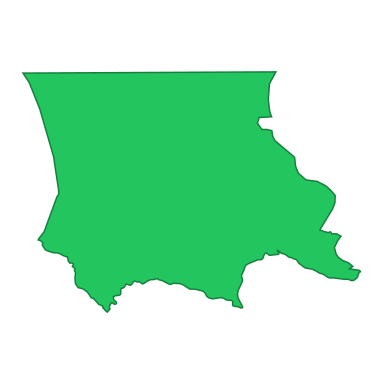 the Region of Zhambyl
{"feature_id": "KAZ-3252", "entity_name": "Zhambyl", "entity_type": "Region", "adm_level": 1, "iso_a3": "KAZ", "parent_name": "Kazakhstan", "parent_adm1": "", "projection": "equal_earth", "projection_center": [72.801, 44.147], "detail": "fine", "context": "isolated", "style": "filled", "palette": "green", "viewbox_px": 384, "rotation_deg": 0, "n_neighbors": 0, "source": "natural_earth", "source_scale": "10m", "svg_char_len": 3053}
<svg xmlns="http://www.w3.org/2000/svg" viewBox="0 0 384 384"><path d="M330.0,278.0L328.7,277.7L325.5,275.8L324.3,274.9L322.8,274.1L319.7,273.2L318.2,272.5L316.7,271.3L312.3,269.2L306.4,268.2L304.6,267.6L299.3,263.6L298.5,262.8L297.2,260.7L296.5,259.8L295.5,259.3L293.4,258.7L291.6,257.6L289.4,257.4L288.4,256.8L285.7,254.7L284.2,254.0L282.5,253.6L281.1,253.1L278.4,250.8L276.9,250.0L278.3,251.8L278.9,253.0L278.8,254.0L277.9,254.4L269.8,255.3L268.9,255.0L267.0,253.3L266.0,253.0L264.4,254.1L262.7,258.8L260.8,259.8L258.7,259.7L257.8,259.8L249.0,263.4L246.6,264.7L245.7,265.4L245.2,266.4L243.2,271.8L242.2,273.6L241.8,274.6L241.6,275.8L241.7,276.9L242.4,279.1L242.5,280.4L242.3,281.4L241.0,284.3L238.3,290.2L237.7,292.6L237.6,295.2L238.0,297.4L238.8,299.5L242.5,306.5L242.5,307.8L241.1,308.0L238.0,306.8L233.3,306.0L232.6,305.2L232.6,303.7L232.8,301.6L232.0,300.7L230.8,300.3L227.1,300.1L226.2,299.8L225.3,299.3L224.3,298.6L222.3,297.8L220.0,297.7L213.4,298.8L211.7,298.7L209.9,298.2L208.2,297.5L206.8,296.3L205.1,293.1L203.8,291.8L202.2,290.9L194.9,289.2L191.2,289.2L189.4,288.9L183.3,284.9L179.9,283.6L173.3,283.3L172.5,283.6L171.0,284.2L170.2,284.3L168.6,283.9L162.6,280.7L159.4,279.9L158.6,279.6L157.8,279.0L157.0,278.7L156.1,278.9L154.3,279.5L150.7,279.7L149.0,280.2L143.3,283.7L142.4,283.9L141.8,283.6L139.8,282.0L139.2,281.7L138.7,281.7L137.8,282.1L135.4,281.3L134.1,281.3L133.2,282.1L132.6,283.1L132.0,284.1L131.1,284.8L130.2,285.2L129.1,285.0L127.9,284.5L126.8,284.1L125.9,284.6L124.7,286.5L124.1,287.4L123.3,287.9L121.3,288.5L120.9,289.2L120.7,290.6L120.8,293.3L120.5,294.3L119.7,295.1L115.2,295.8L113.3,296.9L113.7,299.5L114.2,300.1L116.0,301.6L116.5,302.4L116.4,303.2L115.9,303.9L115.2,304.3L114.3,304.2L111.9,302.6L111.1,303.4L110.3,304.5L109.7,305.8L109.4,307.1L109.5,307.9L109.8,308.3L109.9,308.8L109.5,309.6L107.8,311.6L107.2,312.1L104.3,309.6L104.1,308.7L102.8,307.9L102.6,305.9L98.8,304.4L93.6,298.6L91.2,297.8L89.7,295.4L87.6,292.4L84.1,289.5L82.0,288.6L78.3,287.7L75.5,283.7L74.9,277.8L75.6,272.9L74.4,270.5L75.1,268.7L72.3,266.5L73.5,264.3L72.1,262.9L70.0,263.2L68.4,261.3L67.4,257.0L63.2,255.6L59.7,253.6L57.3,252.9L53.0,252.7L47.6,250.9L45.4,249.8L42.4,245.5L42.7,242.7L40.9,240.9L38.2,239.9L39.4,237.8L44.1,231.8L57.0,196.7L58.7,194.4L58.5,189.4L53.6,156.7L39.8,109.0L29.2,82.5L23.0,73.1L275.9,71.9L269.5,83.6L268.3,99.3L269.5,110.1L270.4,113.7L271.6,116.8L259.1,117.5L257.4,123.2L261.9,129.4L266.8,129.5L271.8,130.6L272.7,136.3L274.9,140.6L294.6,157.3L295.6,166.4L298.4,173.3L306.0,179.9L317.2,181.4L326.0,186.0L331.1,190.7L335.2,195.5L334.9,202.9L332.6,208.9L319.8,229.9L324.2,231.6L328.3,232.6L330.3,231.8L332.0,233.8L336.6,233.8L341.0,236.2L337.5,241.0L334.4,247.6L335.3,250.7L335.7,252.8L336.4,254.5L338.0,257.0L342.5,260.4L348.5,262.8L352.8,266.4L349.4,268.9L359.2,270.3L360.9,271.8L361.0,271.8L360.5,271.8L359.7,272.0L359.1,272.5L357.5,276.9L357.0,277.7L355.8,278.9L354.3,280.0L352.8,280.6L351.5,280.6L348.1,279.3L347.1,279.2L345.1,279.4L333.4,277.9L330.0,278.0Z" fill="#22c55e" stroke="#15803d" stroke-width="1.5"/></svg>